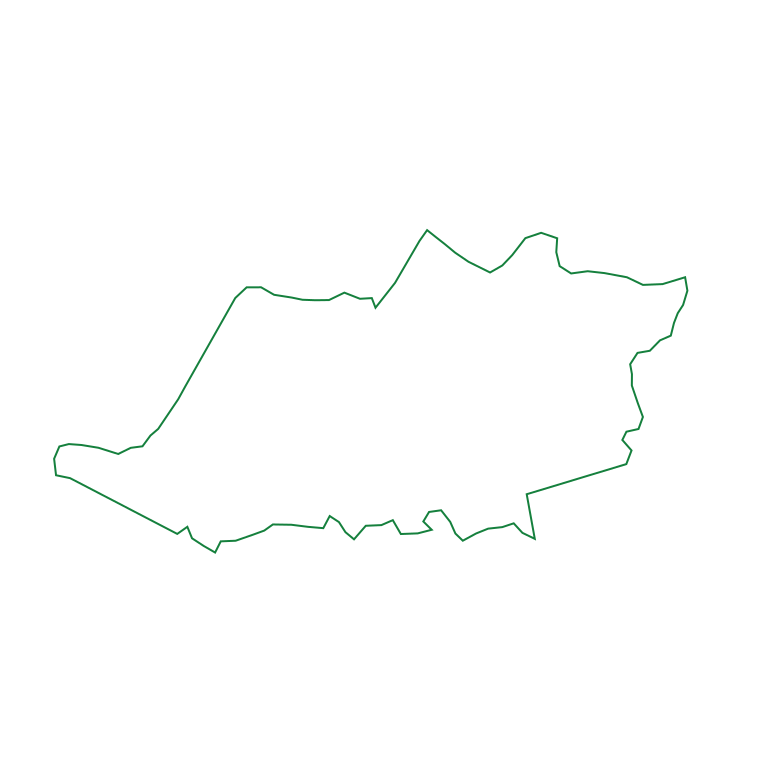 Doutor Ricardo, Rio Grande do Sul, Brazil, rotated 300°
{"feature_id": "56859067B19078379689297", "entity_name": "Doutor Ricardo", "entity_type": "district", "adm_level": 2, "iso_a3": "BRA", "parent_name": "Brazil", "parent_adm1": "Rio Grande do Sul", "projection": "orthographic", "projection_center": [-51.977, -29.086], "detail": "fine", "context": "isolated", "style": "outline", "palette": "green", "viewbox_px": 768, "rotation_deg": 300, "n_neighbors": 0, "source": "geoboundaries", "source_scale": "gbopen_adm2", "svg_char_len": 1402}
<svg xmlns="http://www.w3.org/2000/svg" viewBox="0 0 768 768"><g transform="rotate(300 384 384)"><path d="M141.0,145.6L145.5,159.2L150.8,279.9L162.0,285.1L154.4,294.9L153.6,308.8L153.6,322.0L166.1,321.3L174.1,333.9L188.0,345.9L197.2,353.6L206.8,358.0L215.8,374.2L222.3,389.6L228.8,403.5L242.5,403.0L241.9,414.0L236.4,424.7L234.5,435.7L252.1,439.1L260.5,452.3L270.5,459.7L262.5,473.6L271.5,487.9L281.6,498.2L284.6,486.8L295.7,487.0L303.2,496.6L297.7,510.3L290.2,520.6L287.7,530.6L300.6,538.5L310.8,546.5L319.2,558.0L328.2,566.0L324.3,578.3L325.3,592.0L359.9,562.7L435.8,633.9L450.2,631.6L454.7,618.4L463.9,617.8L472.3,626.9L484.9,624.7L494.4,613.3L506.6,599.4L516.5,593.8L524.2,587.3L537.7,588.0L545.7,597.6L559.8,601.2L569.3,608.2L581.9,604.6L592.2,603.0L602.0,603.5L616.5,600.1L627.0,591.4L609.8,575.3L599.3,558.7L597.9,541.0L590.3,519.5L583.5,504.0L573.3,490.8L573.9,477.2L584.3,467.3L596.8,461.1L593.5,444.5L581.0,433.5L559.8,430.6L545.8,427.2L533.6,420.1L532.1,396.1L533.3,380.0L535.6,366.3L537.2,355.1L538.8,344.4L525.6,343.2L477.1,343.0L445.8,338.5L452.3,330.5L445.8,320.6L443.3,304.0L429.2,294.4L422.3,282.8L416.2,271.3L412.7,260.8L406.3,244.2L406.3,229.2L399.0,216.7L384.1,212.2L282.5,213.1L267.9,213.4L232.2,210.9L222.6,207.5L209.3,206.0L202.1,196.6L190.5,188.8L186.0,168.6L179.9,152.5L174.4,141.1L167.6,134.1L154.3,135.7L141.0,145.6Z" fill="none" stroke="#15803d" stroke-width="2"/></g></svg>